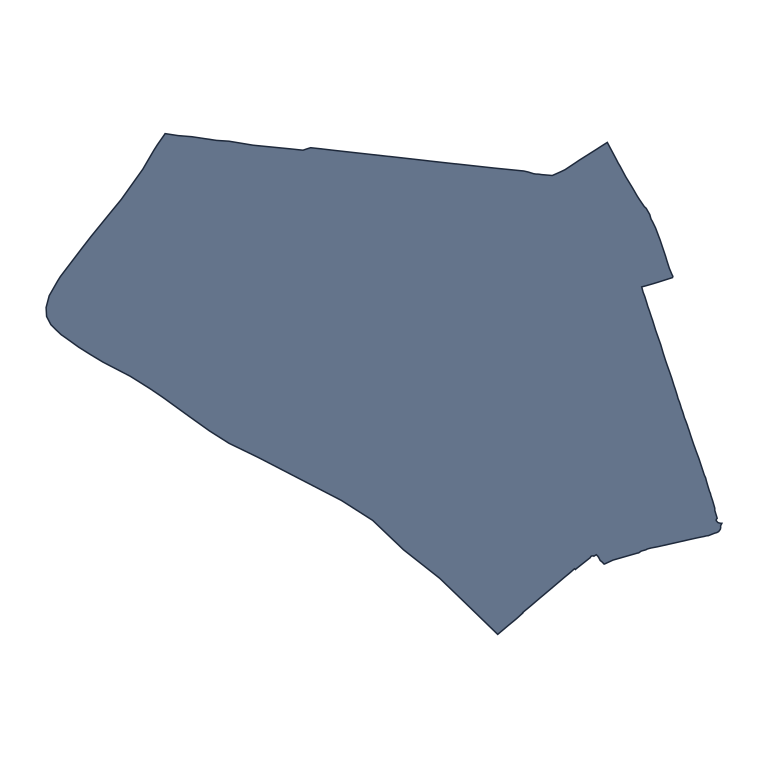 Carcaliu, Tulcea, Romania (orthographic projection)
{"feature_id": "2599482B4283959466403", "entity_name": "Carcaliu", "entity_type": "district", "adm_level": 2, "iso_a3": "ROU", "parent_name": "Romania", "parent_adm1": "Tulcea", "projection": "orthographic", "projection_center": [28.166, 45.183], "detail": "fine", "context": "isolated", "style": "filled", "palette": "slate", "viewbox_px": 768, "rotation_deg": 0, "n_neighbors": 0, "source": "geoboundaries", "source_scale": "gbopen_adm2", "svg_char_len": 2807}
<svg xmlns="http://www.w3.org/2000/svg" viewBox="0 0 768 768"><path d="M497.7,634.4L508.0,625.7L516.4,618.8L518.3,617.1L522.9,612.9L522.7,612.6L524.8,610.8L531.2,605.5L535.4,601.9L539.5,598.4L546.9,592.2L556.0,584.5L564.0,577.7L570.3,572.5L574.5,568.7L575.5,569.5L575.9,569.0L590.3,557.6L590.9,556.4L592.0,555.9L593.6,555.9L593.9,556.2L596.3,554.7L597.9,556.3L599.0,558.1L600.2,560.5L602.0,561.9L604.1,564.1L604.5,564.0L604.8,563.9L613.0,560.1L617.2,558.9L637.4,553.1L638.7,552.9L639.1,552.6L641.2,551.1L645.9,549.8L647.3,549.0L651.0,548.0L657.4,546.8L673.5,543.2L688.0,539.9L695.6,538.2L696.5,538.0L701.8,536.9L704.0,536.5L704.7,536.3L706.2,535.9L707.8,535.7L708.3,535.7L714.6,533.2L716.8,532.6L717.3,532.3L717.7,532.1L718.5,531.7L719.2,530.9L720.2,529.5L720.4,529.1L720.7,527.7L720.6,525.9L720.9,525.2L721.7,523.7L721.9,523.3L720.0,523.2L717.8,522.5L716.2,520.6L716.3,519.4L717.2,518.3L714.8,510.4L714.8,508.2L712.7,500.9L710.9,495.5L710.4,493.3L709.6,491.6L708.0,486.4L706.8,482.3L706.2,480.1L705.7,478.0L704.3,475.0L702.7,470.1L698.9,458.5L696.1,451.1L694.7,447.1L694.0,445.3L692.1,439.7L690.7,435.5L688.8,429.5L688.1,427.7L687.5,425.6L685.8,421.0L684.4,417.6L683.2,413.4L682.5,411.2L681.4,408.4L680.4,404.9L679.4,401.9L678.0,398.4L677.5,396.4L677.1,395.0L675.1,388.6L674.0,385.5L671.7,378.0L669.8,372.5L667.4,365.8L665.7,360.9L663.2,353.1L660.8,344.8L655.7,330.4L652.6,320.3L651.5,317.2L649.3,310.5L647.8,306.4L647.0,303.6L645.8,299.7L644.8,296.5L643.1,292.2L642.2,288.7L641.7,286.9L645.9,285.8L652.8,283.8L658.1,282.2L670.0,278.4L672.5,277.6L672.9,276.3L671.9,274.4L669.3,268.2L666.9,260.7L665.7,256.6L664.3,252.4L662.4,246.8L660.0,239.6L658.9,236.8L655.6,228.0L652.4,221.4L651.2,219.4L650.6,217.6L649.8,214.6L647.6,210.8L646.2,208.3L644.4,206.7L643.6,205.6L639.5,199.6L637.2,196.0L632.6,188.0L625.8,176.9L620.1,166.2L618.1,162.9L616.3,159.3L607.3,142.4L600.2,146.9L596.5,149.3L591.1,152.7L578.9,160.4L576.0,162.4L565.0,169.7L560.6,171.8L552.3,175.5L541.6,174.6L539.2,174.2L537.6,174.1L536.2,174.1L533.6,173.7L528.2,172.0L526.4,171.6L523.8,171.0L493.6,168.0L492.7,167.9L456.3,163.9L455.7,163.9L428.7,160.9L427.2,160.7L389.0,156.4L388.5,156.4L333.7,150.3L322.5,149.0L321.8,148.9L312.4,147.9L310.6,147.7L306.8,148.9L303.0,150.2L290.7,148.9L253.1,145.2L229.0,141.2L216.5,140.4L191.8,136.7L178.1,135.6L165.1,133.6L164.6,134.4L157.4,144.7L153.9,150.2L146.4,163.0L142.8,169.2L121.2,199.5L112.5,210.1L102.8,222.0L91.3,236.1L81.7,248.5L60.4,276.5L57.6,281.0L49.2,295.7L46.1,307.5L46.6,316.5L50.9,324.7L55.9,329.7L61.3,334.8L65.5,337.7L79.0,347.4L91.3,355.1L103.1,362.2L130.3,376.3L149.9,388.6L162.6,397.2L190.1,417.1L209.6,431.0L229.0,443.3L258.1,457.4L341.3,500.4L372.7,520.4L392.2,539.0L397.8,544.3L403.4,549.7L439.7,578.3L464.1,601.8L497.7,634.4Z" fill="#64748b" stroke="#1e293b" stroke-width="1.5"/></svg>